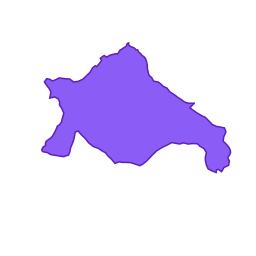 Paphos, Paphos, Cyprus (Natural Earth projection), rotated 65°
{"feature_id": "46923920B77200142670897", "entity_name": "Paphos", "entity_type": "district", "adm_level": 2, "iso_a3": "CYP", "parent_name": "Cyprus", "parent_adm1": "Paphos", "projection": "natural_earth1", "projection_center": [32.428, 34.773], "detail": "fine", "context": "isolated", "style": "filled", "palette": "violet", "viewbox_px": 256, "rotation_deg": 65, "n_neighbors": 0, "source": "geoboundaries", "source_scale": "gbopen_adm2", "svg_char_len": 2055}
<svg xmlns="http://www.w3.org/2000/svg" viewBox="0 0 256 256"><g transform="rotate(65 128 128)"><path d="M51.2,91.4L51.1,92.1L51.3,93.2L51.7,93.7L53.0,94.8L53.4,96.6L54.1,102.4L56.4,105.9L55.3,108.5L54.7,111.4L54.4,114.2L54.8,117.4L52.2,119.0L53.0,123.5L55.9,123.6L57.4,126.8L59.3,130.4L57.8,131.2L58.4,134.4L61.6,139.1L63.1,143.6L64.7,148.3L64.7,152.8L63.6,157.7L58.9,160.1L57.6,162.8L55.4,166.3L53.5,169.1L53.7,172.9L53.4,176.6L51.0,178.1L48.9,180.8L50.9,184.3L53.8,183.9L58.7,182.8L62.8,182.6L67.8,186.3L68.9,181.3L72.1,179.0L75.8,179.0L78.1,180.4L82.2,179.8L87.4,179.9L88.9,181.2L92.0,183.9L94.2,185.5L96.0,188.5L96.5,191.3L97.9,192.7L100.6,195.9L103.6,200.1L104.5,202.7L105.0,205.7L105.7,208.2L107.6,209.7L109.0,210.0L109.4,213.0L111.3,215.4L113.3,215.4L116.3,211.3L119.3,209.5L125.0,201.1L126.7,198.6L127.4,193.3L125.3,191.1L121.5,188.2L117.7,184.0L114.0,180.7L109.5,177.7L109.6,174.4L114.0,173.3L119.3,171.2L124.9,169.9L130.1,167.3L133.9,163.5L137.4,161.4L140.8,159.0L145.1,157.9L148.9,156.3L154.5,154.8L155.0,150.1L156.8,147.5L160.3,140.5L163.8,136.7L167.2,133.2L166.9,129.4L165.9,125.3L163.1,118.2L160.8,111.7L160.0,104.8L160.0,99.3L159.7,94.5L163.0,89.9L164.3,88.0L165.0,83.8L168.0,80.3L168.8,77.6L170.0,74.8L171.6,71.8L174.8,70.6L178.9,67.8L183.5,67.4L187.4,70.4L190.7,71.8L195.1,72.7L199.1,72.6L202.6,69.8L205.4,67.1L205.6,66.9L203.3,65.5L203.9,63.4L207.1,61.8L206.4,60.5L204.3,57.7L204.4,56.0L204.3,52.6L200.9,50.1L197.0,50.1L195.2,47.1L193.7,45.5L193.2,45.3L191.6,44.7L188.1,44.7L184.7,45.6L180.0,47.3L176.1,44.6L174.7,42.8L172.8,40.8L169.3,40.6L168.6,40.6L164.1,46.9L160.7,50.0L153.9,52.4L150.6,53.7L148.2,55.9L142.8,59.5L139.8,61.2L135.9,63.4L133.5,57.5L133.4,57.5L132.9,59.0L131.0,62.9L128.5,65.7L123.9,68.2L121.4,69.9L118.0,71.6L112.9,74.8L108.4,75.8L105.2,78.4L102.1,79.6L99.1,81.2L96.4,84.9L92.5,85.2L88.9,86.7L82.2,85.3L79.1,83.9L75.4,83.1L72.1,82.8L70.2,83.4L67.9,84.7L65.7,85.2L64.1,86.1L61.3,86.2L60.5,87.7L58.8,88.2L57.3,89.1L56.1,90.4L55.2,91.3L52.8,92.3L51.2,91.4Z" fill="#8b5cf6" stroke="#5b21b6" stroke-width="1.5"/></g></svg>